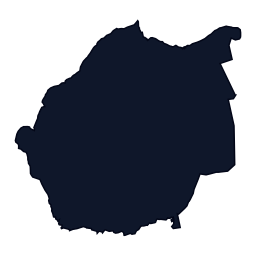 San Juan Tabaá, Oaxaca, Mexico (Robinson projection)
{"feature_id": "50627088B48503971747263", "entity_name": "San Juan Tabaá", "entity_type": "district", "adm_level": 2, "iso_a3": "MEX", "parent_name": "Mexico", "parent_adm1": "Oaxaca", "projection": "robinson", "projection_center": [-96.222, 17.319], "detail": "fine", "context": "isolated", "style": "filled", "palette": "ink", "viewbox_px": 256, "rotation_deg": 0, "n_neighbors": 0, "source": "geoboundaries", "source_scale": "gbopen_adm2", "svg_char_len": 3400}
<svg xmlns="http://www.w3.org/2000/svg" viewBox="0 0 256 256"><path d="M240.2,29.7L237.8,27.8L232.6,27.7L231.6,27.2L227.9,26.6L226.2,26.2L221.3,27.7L219.6,28.0L217.1,29.7L216.2,30.1L214.9,30.6L212.7,32.6L211.5,33.9L208.5,35.7L205.0,38.6L200.3,41.0L197.1,42.3L192.4,43.8L191.4,44.5L191.0,44.8L190.4,45.3L189.8,45.6L187.5,45.5L186.8,45.9L186.9,46.3L184.8,46.8L185.2,47.4L184.2,47.3L184.5,48.1L183.6,47.9L183.8,48.5L181.8,47.8L181.9,48.3L180.8,47.4L178.6,47.2L175.9,45.4L174.3,46.2L173.9,46.6L172.3,46.8L171.2,46.3L169.7,46.0L166.7,44.4L163.9,43.4L162.5,41.7L160.3,41.6L158.0,40.4L156.4,39.2L155.3,38.6L152.3,37.7L150.8,37.8L148.2,40.0L146.8,38.9L146.9,39.6L144.8,37.4L143.3,37.1L142.4,32.9L142.2,33.2L141.7,32.8L140.7,31.7L139.4,29.2L139.4,28.0L138.9,27.4L138.5,26.2L138.3,21.7L137.7,20.7L136.0,22.8L135.3,23.6L134.5,24.5L134.4,24.8L127.3,27.2L124.1,28.8L121.2,28.6L117.9,29.1L116.7,28.5L113.3,30.7L110.8,33.7L106.7,35.4L103.9,38.1L101.4,38.8L100.8,39.5L99.4,40.9L98.2,41.7L97.0,43.6L96.9,44.9L96.8,45.1L94.7,46.5L93.5,47.9L92.3,49.8L90.2,53.3L88.4,55.6L87.6,57.1L86.4,58.1L83.6,61.1L83.1,61.9L80.5,67.0L79.9,70.9L78.6,71.8L77.2,72.7L75.1,74.5L73.5,75.3L72.2,76.5L71.4,77.7L71.2,77.9L69.4,78.4L67.2,79.4L66.7,79.6L65.3,81.0L64.9,83.1L63.5,82.8L61.8,83.1L59.0,85.5L54.9,86.3L54.1,86.5L50.6,88.0L47.9,90.3L47.2,92.4L45.5,94.7L45.2,96.2L43.8,98.3L42.6,100.4L42.2,102.1L43.4,103.6L43.9,104.7L44.7,106.3L44.8,106.6L43.5,106.8L41.8,107.4L40.2,110.6L39.7,111.6L38.8,114.1L38.2,115.1L37.9,116.1L37.8,117.2L37.6,118.7L36.8,120.4L33.9,127.6L34.3,128.3L34.4,130.3L34.3,130.6L30.3,128.6L29.5,127.0L27.8,126.6L23.5,126.7L20.9,128.1L18.2,131.3L16.9,134.1L15.4,140.5L15.8,142.1L17.9,143.7L18.6,145.0L18.7,146.4L18.6,148.4L20.8,149.0L23.6,151.5L26.1,152.2L27.1,154.3L27.4,155.6L27.8,157.0L27.9,159.9L28.4,161.6L28.5,163.3L29.3,164.6L30.1,165.9L30.3,167.2L30.4,169.8L30.5,173.4L31.2,174.8L32.7,177.0L40.0,179.5L41.9,184.1L45.1,190.2L48.0,194.5L49.3,198.5L48.7,200.5L49.3,203.3L51.0,205.0L50.9,206.4L51.9,208.7L51.7,210.9L52.8,213.5L53.6,216.9L54.6,217.1L55.5,217.0L55.8,219.0L57.3,220.0L57.9,221.2L59.3,219.9L58.7,223.8L59.3,224.8L62.2,225.2L62.2,226.3L61.1,227.9L61.5,228.6L63.6,227.9L68.2,229.1L69.5,229.7L69.6,230.6L72.9,229.3L77.0,228.6L83.3,226.6L86.6,227.5L86.6,227.9L91.4,228.5L91.7,229.8L96.9,231.3L97.2,233.3L99.0,231.2L102.0,231.9L102.5,232.9L104.5,230.3L105.4,229.9L109.2,231.3L113.0,230.8L113.9,232.4L115.6,233.1L118.2,232.7L121.7,231.2L123.6,232.5L124.1,235.3L124.9,235.3L129.5,233.6L130.7,233.4L131.9,234.2L134.9,233.7L136.4,230.8L138.7,229.5L140.2,227.1L141.1,226.1L142.6,225.9L143.8,225.9L146.5,225.2L147.4,225.3L149.3,223.1L149.8,223.0L150.7,223.5L155.0,222.6L155.6,222.1L156.3,220.1L157.2,219.0L159.1,219.4L161.0,219.3L166.0,219.9L167.0,218.9L167.6,217.9L168.1,218.2L169.1,218.3L169.9,218.2L171.2,217.3L171.8,217.1L172.7,217.8L173.3,217.3L173.7,218.9L171.3,219.3L171.2,220.1L171.8,221.6L173.8,220.4L173.7,224.0L171.7,226.6L173.3,228.5L180.2,227.5L177.3,213.7L178.6,214.1L184.8,208.2L186.9,205.9L188.3,202.3L188.5,201.8L189.2,201.2L190.3,199.3L192.2,195.4L193.2,193.4L194.0,189.4L198.2,179.0L200.0,173.9L206.1,174.8L209.8,173.9L216.2,172.2L218.3,172.2L227.7,171.1L234.7,164.7L234.0,125.8L228.2,99.4L233.4,98.7L235.7,95.1L235.2,95.1L220.0,63.5L232.1,59.4L228.9,45.3L231.2,38.1L235.4,39.9L239.5,38.9L240.5,37.1L240.6,35.6L240.6,32.6L240.2,29.7Z" fill="#0f172a" stroke="#020617" stroke-width="1.5"/></svg>